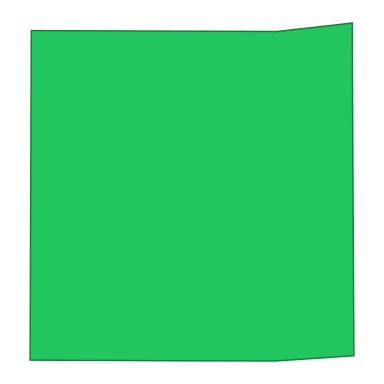 Madison, Iowa, United States of America
{"feature_id": "52423323B39723514733384", "entity_name": "Madison", "entity_type": "district", "adm_level": 2, "iso_a3": "USA", "parent_name": "United States of America", "parent_adm1": "Iowa", "projection": "orthographic", "projection_center": [-93.933, 41.334], "detail": "fine", "context": "isolated", "style": "filled", "palette": "green", "viewbox_px": 384, "rotation_deg": 0, "n_neighbors": 0, "source": "geoboundaries", "source_scale": "gbopen_adm2", "svg_char_len": 258}
<svg xmlns="http://www.w3.org/2000/svg" viewBox="0 0 384 384"><path d="M192.9,360.8L275.5,361.0L353.9,355.7L353.0,189.1L352.6,105.5L352.4,53.8L352.4,23.0L276.8,31.5L31.3,30.6L30.1,360.1L192.9,360.8Z" fill="#22c55e" stroke="#15803d" stroke-width="1.5"/></svg>